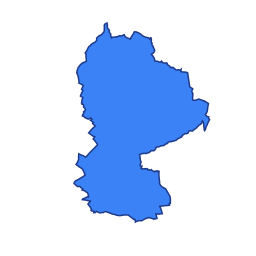 outline of Miercurea Sibiului, Sibiu, Romania, rotated 205°
{"feature_id": "2599482B78726176605362", "entity_name": "Miercurea Sibiului", "entity_type": "district", "adm_level": 2, "iso_a3": "ROU", "parent_name": "Romania", "parent_adm1": "Sibiu", "projection": "albers", "projection_center": [23.786, 45.868], "detail": "fine", "context": "isolated", "style": "filled", "palette": "blue", "viewbox_px": 256, "rotation_deg": 205, "n_neighbors": 0, "source": "geoboundaries", "source_scale": "gbopen_adm2", "svg_char_len": 5789}
<svg xmlns="http://www.w3.org/2000/svg" viewBox="0 0 256 256"><g transform="rotate(205 128 128)"><path d="M183.3,205.8L185.2,206.7L185.8,207.4L185.9,208.3L186.0,208.5L187.0,209.2L188.6,209.6L189.0,210.4L189.7,211.2L189.8,211.8L190.3,212.8L191.4,214.3L193.0,212.2L193.0,211.7L192.9,211.0L191.7,208.7L191.4,207.8L190.8,206.6L190.5,205.4L190.5,204.6L191.4,201.6L192.0,200.5L193.0,199.7L193.0,199.1L193.4,198.9L194.4,196.3L194.3,195.8L193.5,194.6L193.6,193.4L194.3,191.6L195.3,190.5L196.8,188.0L197.2,186.2L197.7,185.7L198.0,184.6L198.0,180.7L198.5,177.9L198.3,177.6L197.1,177.1L196.2,174.7L195.6,173.9L194.2,171.5L194.0,171.0L194.5,170.3L195.2,169.3L195.4,168.9L195.9,168.6L196.9,167.5L198.0,164.9L198.7,161.3L198.3,158.2L198.1,157.4L197.6,157.0L197.8,156.3L195.8,154.6L194.8,153.4L192.6,150.3L192.0,149.2L191.4,147.9L189.0,148.0L186.4,147.5L186.5,146.0L186.4,143.4L184.7,143.1L184.8,139.9L184.7,137.2L184.6,136.8L181.8,136.6L181.5,134.8L181.7,134.7L181.6,134.2L180.7,131.2L180.4,131.4L179.7,130.1L178.7,130.6L178.0,130.1L177.6,129.5L177.5,128.8L177.1,128.4L176.9,128.1L176.2,127.8L175.7,127.9L174.3,126.6L174.3,125.4L174.9,124.7L175.1,123.9L174.8,123.4L174.4,123.1L174.6,122.6L174.3,122.2L174.3,121.9L174.7,121.0L174.4,120.5L174.5,119.7L172.8,119.7L172.1,119.4L171.5,119.5L170.9,119.2L168.4,119.2L167.3,119.5L166.1,121.4L164.4,120.8L165.3,119.1L161.8,118.5L162.1,117.4L162.0,117.1L158.5,116.0L159.9,112.8L160.6,110.7L161.6,106.9L156.1,105.8L154.5,106.0L154.7,105.4L154.7,104.6L154.6,104.3L154.7,103.6L154.9,103.3L153.0,102.6L149.1,100.5L148.5,99.9L152.4,88.9L153.9,83.7L157.3,84.0L159.0,83.7L161.7,83.8L160.4,80.3L160.1,80.1L159.6,79.1L159.3,76.0L159.5,75.5L159.3,75.1L159.7,73.0L155.6,72.1L152.8,71.8L151.5,71.1L149.8,69.9L148.5,68.8L148.4,68.4L147.0,67.3L147.9,65.4L149.4,63.2L152.2,59.1L153.3,57.8L153.7,55.8L153.4,54.8L152.4,54.7L151.6,54.3L148.9,53.6L146.9,54.7L145.8,54.2L143.1,53.6L143.4,52.4L139.9,52.8L139.6,52.4L137.6,52.3L137.5,52.1L136.2,51.3L135.9,50.6L135.0,49.6L134.9,49.4L135.2,49.1L134.8,48.7L136.6,47.6L137.4,46.3L138.3,45.4L139.2,44.3L139.3,44.0L139.2,43.7L136.6,44.6L131.2,45.8L131.1,45.4L131.6,44.3L132.2,42.1L128.9,40.4L126.8,38.9L126.6,38.7L126.8,38.4L126.6,38.1L126.6,37.6L125.9,37.5L123.6,38.2L123.4,36.9L123.2,36.7L122.0,37.4L121.2,39.2L119.2,39.0L117.5,39.2L115.5,40.6L114.6,40.9L113.7,42.4L113.0,42.8L107.1,43.4L105.7,43.4L103.6,44.0L102.3,44.0L99.7,44.6L98.2,45.2L94.5,47.7L91.1,49.2L84.0,47.6L83.6,48.1L82.9,48.1L82.6,47.8L81.6,45.9L80.9,46.9L79.2,48.4L78.1,49.1L76.4,49.7L73.8,53.4L71.4,55.3L71.4,55.7L67.1,56.3L66.2,56.3L65.6,56.6L63.5,58.3L66.4,62.0L64.4,62.6L60.7,64.8L63.1,67.6L65.1,69.6L65.7,69.9L66.2,70.4L61.4,73.4L58.9,74.8L57.7,75.6L58.7,77.0L57.8,77.6L57.8,77.9L58.6,79.0L58.7,79.8L59.7,81.8L61.1,83.8L68.2,88.8L72.0,89.0L74.1,89.7L75.8,90.8L76.4,92.2L79.7,97.6L80.9,100.1L81.6,101.9L82.3,101.7L82.4,101.3L82.7,101.6L83.2,101.4L83.6,101.5L83.8,101.3L83.9,100.9L84.8,100.5L84.9,100.4L84.6,100.1L84.9,99.8L85.3,99.8L85.6,100.0L86.2,99.6L87.1,99.6L89.1,99.8L89.3,100.0L89.6,99.5L90.3,99.0L91.0,99.1L91.8,98.8L91.9,98.5L92.2,98.5L92.4,98.5L92.5,98.9L92.9,99.1L93.7,99.2L94.4,98.7L95.5,98.3L95.7,97.8L96.1,97.8L96.7,97.3L97.6,97.4L98.4,96.8L99.1,96.9L99.3,97.2L99.2,98.3L99.2,99.3L100.2,98.9L101.1,99.1L101.9,103.0L102.4,103.2L103.5,104.6L104.9,106.9L106.3,108.7L105.1,110.0L104.0,111.0L102.4,112.0L101.1,112.3L100.3,113.2L100.0,113.3L99.4,114.0L98.8,114.3L98.1,115.4L98.0,116.0L97.5,116.6L97.4,117.1L97.2,117.4L96.8,117.7L95.6,117.9L94.7,118.7L94.5,119.5L94.1,120.2L94.3,121.4L94.2,122.1L94.3,122.7L93.4,123.1L91.7,124.3L90.9,125.4L89.8,126.3L88.6,126.8L88.4,127.2L87.7,128.0L87.2,129.1L87.2,129.5L86.1,130.1L85.9,130.7L86.0,131.2L85.6,131.4L85.6,132.0L85.3,132.5L84.6,133.1L83.0,133.9L82.8,134.2L81.1,135.4L79.2,137.3L79.0,137.9L78.6,138.3L78.5,139.2L78.0,139.8L77.6,140.0L76.6,141.2L76.4,141.8L76.2,142.1L75.6,142.5L75.9,143.0L75.4,143.8L75.7,144.4L74.9,145.3L74.2,146.8L73.8,147.1L72.6,147.5L72.4,147.8L71.5,148.7L71.4,149.4L71.6,149.9L71.4,151.3L68.5,152.4L68.1,152.8L67.4,154.5L66.4,156.2L65.8,157.5L65.7,158.2L64.7,160.8L63.6,162.3L63.3,163.7L63.6,165.2L63.5,165.9L61.9,164.7L61.0,163.4L60.0,161.5L57.7,158.0L57.4,157.9L57.3,160.0L57.3,160.3L57.6,160.4L57.7,160.9L57.6,162.2L57.7,164.4L57.7,168.2L57.6,170.1L58.2,170.3L58.8,170.7L59.3,171.5L59.5,172.1L61.6,171.9L63.0,172.5L63.5,172.9L63.2,175.0L63.2,176.3L63.7,178.2L64.6,180.8L65.4,184.2L70.1,184.8L70.2,184.4L71.8,184.6L76.2,184.1L78.5,181.7L80.6,180.6L81.5,181.4L82.0,182.1L82.6,183.5L82.7,184.2L83.5,185.7L83.5,186.2L83.8,186.7L85.2,187.6L85.5,188.0L85.9,188.9L85.7,190.7L86.2,191.0L87.8,191.1L89.1,191.3L89.5,191.5L97.3,203.2L98.0,203.3L99.4,203.0L102.7,201.7L104.0,201.4L104.6,203.6L104.9,202.8L105.6,202.2L106.8,202.3L108.2,201.2L109.3,201.0L112.4,201.9L112.8,201.7L113.5,201.7L113.8,201.2L114.7,201.2L115.1,200.7L116.4,201.7L119.1,202.1L119.6,202.9L120.4,203.4L122.3,202.3L123.9,201.9L124.4,202.0L125.9,202.8L126.4,201.2L127.3,201.1L127.6,200.8L128.8,201.0L129.6,200.9L131.2,200.3L131.8,199.9L133.7,202.4L134.1,202.4L135.3,203.5L137.9,204.6L137.4,205.7L136.6,206.9L136.4,209.1L137.1,210.1L139.3,212.0L139.8,212.7L140.4,212.9L141.8,214.0L142.0,214.4L142.0,215.1L142.6,215.2L143.3,215.8L143.9,217.1L143.9,217.7L144.6,218.4L144.9,219.3L145.6,219.3L145.6,218.0L145.9,217.7L146.9,218.4L148.3,218.3L150.4,217.7L152.6,217.6L154.4,217.9L156.4,218.5L158.7,218.7L160.9,218.6L162.8,218.0L163.0,217.5L162.9,215.5L163.2,214.6L163.3,212.9L163.6,211.8L163.4,209.6L165.6,209.5L166.7,209.3L168.7,209.5L170.0,210.1L170.8,210.9L171.6,210.4L171.9,209.5L172.2,209.1L173.5,208.4L174.7,208.1L175.7,206.9L176.0,206.1L176.4,205.9L177.1,205.9L177.6,205.3L179.5,204.2L180.1,204.0L181.1,202.7L181.4,202.9L181.8,203.6L182.6,204.3L183.0,204.9L183.3,205.8Z" fill="#3b82f6" stroke="#1e3a8a" stroke-width="1.5"/></g></svg>